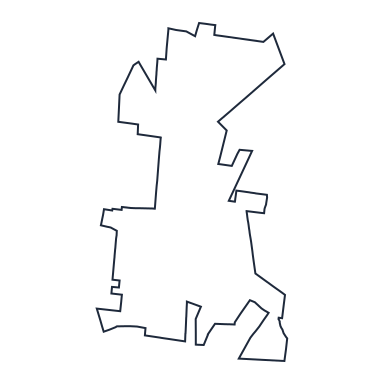 outline of Telchac Pueblo, Yucatán, Mexico
{"feature_id": "50627088B2648172559689", "entity_name": "Telchac Pueblo", "entity_type": "district", "adm_level": 2, "iso_a3": "MEX", "parent_name": "Mexico", "parent_adm1": "Yucatán", "projection": "natural_earth1", "projection_center": [-89.256, 21.219], "detail": "fine", "context": "isolated", "style": "outline", "palette": "slate", "viewbox_px": 384, "rotation_deg": 0, "n_neighbors": 0, "source": "geoboundaries", "source_scale": "gbopen_adm2", "svg_char_len": 3147}
<svg xmlns="http://www.w3.org/2000/svg" viewBox="0 0 384 384"><path d="M215.3,25.1L211.0,24.6L208.3,24.2L205.4,23.8L199.7,23.1L199.1,23.0L197.1,29.3L196.5,31.3L195.1,36.2L186.3,31.4L176.1,30.0L168.4,28.3L168.4,29.6L166.7,47.9L165.9,59.5L157.5,58.7L157.3,62.1L157.0,65.6L156.8,67.9L156.7,70.0L156.5,72.2L156.4,74.5L156.2,76.7L155.9,81.0L155.8,83.2L155.6,85.5L155.4,87.6L155.3,89.9L155.3,90.4L139.9,64.1L138.6,61.8L135.0,64.2L133.4,65.4L132.2,68.0L128.6,75.6L128.0,76.9L124.0,85.2L120.5,92.6L119.6,94.5L118.3,121.8L125.8,122.8L131.1,123.5L138.1,124.5L137.7,134.2L144.9,135.2L160.3,137.4L160.5,137.4L160.8,137.5L160.6,139.1L160.2,144.5L159.9,147.8L159.5,151.2L158.9,158.5L157.2,180.9L156.9,183.6L156.7,185.3L156.1,192.2L154.9,208.0L154.8,208.7L152.4,208.5L139.1,208.2L135.6,208.2L130.7,208.0L121.9,207.0L121.6,209.9L112.5,208.8L112.2,210.5L104.0,209.2L103.1,214.7L102.5,217.6L101.4,223.0L100.9,225.3L107.3,226.8L108.9,227.1L110.7,227.5L111.1,227.7L111.4,227.9L113.8,229.2L116.8,230.8L116.6,235.4L116.5,235.9L116.1,238.5L115.6,244.4L115.3,248.3L115.2,248.8L114.6,255.5L114.5,257.3L114.3,259.1L112.5,279.7L119.6,280.5L118.9,287.5L112.0,286.9L111.4,293.5L121.9,294.7L121.5,298.6L121.2,301.9L120.4,309.4L120.2,311.2L96.8,308.6L99.4,317.2L100.4,320.5L102.0,326.1L103.7,331.7L109.4,329.7L115.8,327.1L116.5,326.5L117.3,326.3L117.5,326.3L120.3,326.3L125.7,326.2L126.8,326.2L130.2,326.2L136.3,326.5L136.8,326.5L137.4,326.6L145.5,328.1L145.1,332.7L144.9,335.4L157.1,337.2L160.5,337.7L160.8,337.8L164.1,338.3L169.0,339.0L185.1,341.4L185.4,333.6L185.5,333.5L185.7,329.8L186.0,322.9L186.2,317.7L186.3,316.8L186.6,309.2L186.7,307.0L186.9,303.4L186.9,301.6L200.9,306.7L196.2,317.8L195.7,319.0L195.8,333.9L195.8,334.0L195.8,344.6L196.2,344.6L196.5,344.7L201.5,344.9L203.7,345.0L207.9,334.8L207.8,334.7L207.8,334.4L215.0,323.8L225.2,324.2L230.0,324.3L234.6,324.5L234.8,322.3L240.4,313.8L249.7,300.5L249.9,300.2L254.8,302.2L261.5,308.4L264.4,310.4L268.1,312.5L268.6,312.8L267.2,315.0L263.8,319.8L260.9,324.1L259.5,326.2L259.4,326.4L257.8,328.4L255.6,331.2L253.3,333.9L250.4,337.7L238.8,358.6L284.4,361.0L286.0,349.2L287.2,338.4L286.0,336.9L283.6,333.2L282.4,329.5L281.5,328.2L280.4,325.9L280.1,324.4L279.7,322.7L279.8,321.9L279.2,320.2L278.5,319.1L278.7,317.7L282.1,318.2L283.9,303.6L285.0,294.9L282.6,293.1L273.5,286.6L255.4,273.5L253.7,261.5L252.8,254.9L252.4,251.4L251.1,241.7L250.6,238.6L250.0,235.2L249.7,233.2L249.4,230.7L249.0,228.3L248.6,225.1L248.2,222.4L247.7,219.9L247.7,219.7L247.3,216.9L247.0,214.2L246.6,211.7L246.6,211.1L248.9,211.4L261.2,212.9L264.1,213.2L264.5,209.1L264.8,207.9L266.1,204.4L266.1,203.9L266.6,200.7L267.1,197.5L266.9,194.8L255.7,193.4L255.0,193.2L250.6,192.6L249.0,192.3L246.7,192.0L241.8,191.3L236.4,190.6L235.7,195.9L235.3,198.6L235.0,201.3L234.9,201.7L228.8,200.8L247.0,161.9L252.1,150.9L250.7,150.8L239.6,149.8L237.4,153.8L231.8,165.9L221.3,164.4L218.3,164.0L220.2,156.7L226.7,130.5L218.0,121.7L218.7,121.1L220.9,119.2L228.4,112.8L234.6,107.4L240.6,102.2L249.3,94.7L266.7,79.5L284.5,64.1L273.1,33.6L263.4,41.9L220.3,35.8L220.2,35.8L216.5,35.3L214.3,34.9L215.1,26.6L215.3,25.1Z" fill="none" stroke="#1e293b" stroke-width="2"/></svg>